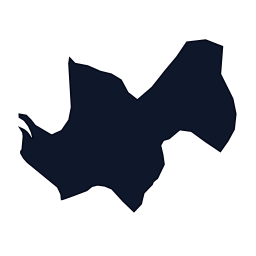 SVG path tracing the border of Neftçala, rotated 177°
{"feature_id": "AZE-1710", "entity_name": "Neftçala", "entity_type": "District", "adm_level": 1, "iso_a3": "AZE", "parent_name": "Azerbaijan", "parent_adm1": "", "projection": "albers", "projection_center": [49.135, 39.338], "detail": "fine", "context": "isolated", "style": "filled", "palette": "ink", "viewbox_px": 256, "rotation_deg": 177, "n_neighbors": 0, "source": "natural_earth", "source_scale": "10m", "svg_char_len": 1016}
<svg xmlns="http://www.w3.org/2000/svg" viewBox="0 0 256 256"><g transform="rotate(177 128 128)"><path d="M198.1,60.1L198.3,65.3L201.3,72.7L230.2,99.0L233.9,103.6L236.4,108.7L236.1,110.5L234.8,111.9L232.9,125.3L233.3,129.3L235.9,133.8L232.1,131.8L229.2,129.3L227.1,126.3L225.3,122.9L223.4,123.0L224.6,128.9L227.2,135.4L231.1,141.1L235.9,144.5L235.9,147.5L229.0,145.9L224.6,141.0L220.6,135.3L204.7,124.8L194.4,128.8L186.5,139.1L183.3,151.8L183.6,195.6L182.5,200.9L177.7,195.2L164.9,192.0L152.8,185.9L142.0,182.7L132.4,176.2L126.3,163.3L117.2,155.4L101.7,167.4L87.7,183.3L75.5,196.4L64.7,210.6L45.9,211.8L29.4,204.3L32.9,177.0L21.9,151.7L19.6,136.4L22.1,121.1L29.0,109.9L37.0,99.7L51.1,110.3L64.9,121.5L76.4,123.7L87.5,115.3L93.3,113.9L96.5,109.0L94.8,99.7L93.9,89.8L101.3,76.2L102.7,75.3L105.8,72.9L106.8,70.5L115.6,62.2L117.5,55.9L118.7,51.6L126.4,44.2L136.6,55.1L147.3,68.1L154.2,71.4L161.5,72.8L167.1,71.7L172.5,67.8L184.4,64.0L196.3,60.4L198.1,60.1Z" fill="#0f172a" stroke="#020617" stroke-width="1.5"/></g></svg>